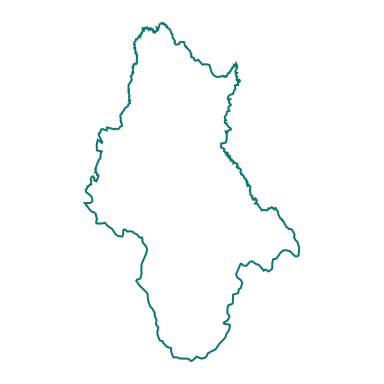 the district of Nam Yuen, Ubon Ratchathani, Thailand
{"feature_id": "78962969B1624057872614", "entity_name": "Nam Yuen", "entity_type": "district", "adm_level": 2, "iso_a3": "THA", "parent_name": "Thailand", "parent_adm1": "Ubon Ratchathani", "projection": "equal_earth", "projection_center": [105.061, 14.443], "detail": "fine", "context": "isolated", "style": "outline", "palette": "teal", "viewbox_px": 384, "rotation_deg": 0, "n_neighbors": 0, "source": "geoboundaries", "source_scale": "gbopen_adm2", "svg_char_len": 5893}
<svg xmlns="http://www.w3.org/2000/svg" viewBox="0 0 384 384"><path d="M146.7,27.5L143.1,28.2L143.7,28.9L143.4,29.0L143.8,30.4L142.6,29.9L142.7,31.6L141.6,32.7L141.7,33.6L140.8,34.0L140.6,35.9L140.0,35.7L140.0,36.9L139.4,36.5L139.5,37.2L138.1,37.4L137.2,39.1L135.8,39.3L135.9,40.3L134.2,42.6L134.1,43.5L134.8,44.4L134.2,44.7L134.8,46.8L134.4,47.5L134.9,47.7L134.4,48.3L135.4,49.1L135.1,50.4L135.8,51.9L135.5,53.1L136.2,53.2L136.0,53.9L136.8,54.3L136.8,55.2L137.3,55.8L136.7,56.9L137.1,57.5L136.7,60.2L137.2,61.8L136.5,63.6L136.0,63.1L135.1,64.2L134.2,64.0L133.7,65.5L132.9,65.7L133.4,67.2L132.6,67.6L133.3,72.4L132.6,72.5L133.1,73.0L132.5,73.4L132.6,74.2L130.8,76.1L131.9,79.9L128.6,84.8L128.5,88.7L129.1,89.3L129.0,90.6L128.6,90.7L129.0,91.2L128.5,92.4L129.6,95.9L129.1,96.5L129.2,100.1L129.8,100.2L129.0,101.2L129.6,101.5L129.3,101.7L129.9,103.3L128.4,104.1L128.0,106.0L124.5,108.6L123.8,110.7L121.8,112.8L121.9,113.6L120.4,114.8L120.3,116.6L120.8,118.0L120.5,120.3L121.0,121.0L120.8,122.3L121.8,123.6L121.9,126.0L120.4,126.5L119.2,128.3L117.5,129.2L115.5,128.7L114.4,129.3L107.1,127.4L106.7,130.5L102.7,129.1L101.2,129.4L99.9,133.1L98.7,133.5L98.8,135.3L102.3,142.0L102.0,142.9L97.8,139.8L96.7,144.3L96.9,150.4L101.8,151.5L100.6,153.8L100.4,158.3L98.7,160.2L95.8,167.4L96.1,168.1L95.2,169.1L96.2,171.8L95.5,172.3L96.3,172.5L96.5,173.8L97.2,173.9L97.2,175.2L98.4,175.4L98.3,177.0L96.3,181.4L94.2,180.1L94.5,178.5L93.0,176.4L92.2,176.4L91.2,177.9L90.6,179.2L91.3,181.0L90.7,182.8L91.3,183.9L91.1,184.6L89.2,185.2L88.1,186.8L87.4,186.5L87.0,188.6L85.8,189.6L85.7,190.6L86.4,192.4L89.8,194.8L91.7,197.0L92.5,200.4L91.7,201.9L90.1,203.0L84.8,203.1L90.5,210.7L92.8,212.2L93.8,212.1L96.0,214.3L96.0,215.7L97.0,218.8L96.2,221.3L96.3,223.4L101.2,223.6L104.9,222.8L107.6,226.0L112.0,228.8L115.7,234.5L118.8,236.3L122.4,236.5L123.1,234.6L123.4,230.0L124.8,229.4L127.7,231.7L129.3,231.2L133.0,231.8L134.3,233.3L136.7,234.2L139.1,237.0L141.1,237.9L141.8,237.5L142.3,238.2L142.7,242.4L146.4,246.9L147.1,250.0L146.1,253.7L141.6,264.2L141.3,271.1L141.6,273.1L140.7,277.7L139.7,278.9L137.0,279.7L136.3,280.9L139.7,285.7L146.8,292.7L147.6,294.1L147.9,298.8L148.8,303.0L150.3,306.5L152.8,309.3L154.9,313.4L154.7,315.9L156.6,320.1L155.9,324.2L158.4,327.5L157.3,332.3L157.6,335.1L159.8,340.4L162.8,341.3L163.3,343.0L166.8,346.8L171.2,348.2L171.1,351.4L172.6,355.7L173.7,357.4L177.1,357.3L179.6,358.5L188.1,358.7L191.1,361.0L193.1,360.1L196.7,356.6L201.2,358.6L204.5,358.0L206.4,356.5L208.1,353.1L215.6,349.3L219.4,343.6L224.0,339.1L225.6,336.8L226.5,333.9L229.0,330.2L229.9,326.5L229.7,324.7L224.2,323.9L223.7,322.8L227.9,319.9L229.4,317.1L229.2,315.5L227.4,313.5L227.5,308.1L228.3,305.3L231.9,304.0L232.8,303.1L233.1,294.6L237.7,293.3L238.4,292.4L238.8,289.2L240.8,288.1L241.2,286.7L242.2,283.0L241.8,281.8L240.5,279.7L237.7,278.0L236.0,274.6L240.5,263.9L241.1,263.7L243.5,265.5L246.4,265.8L250.0,261.8L252.0,261.2L255.4,263.7L259.1,265.1L263.8,270.7L265.3,269.5L268.7,271.5L272.2,268.7L272.3,263.1L273.2,259.2L276.3,258.7L280.4,252.9L282.9,250.6L285.6,250.1L289.9,251.2L295.1,256.2L297.6,256.4L298.6,255.2L299.2,247.7L297.4,242.1L295.3,239.8L294.0,237.1L294.6,234.7L292.2,229.9L290.1,228.8L289.0,229.1L286.2,226.7L283.2,221.0L282.0,220.4L282.0,219.3L280.7,218.8L279.8,217.5L278.3,214.2L277.8,211.3L276.0,209.1L275.9,208.2L275.2,208.0L274.2,209.4L271.8,207.1L270.2,208.3L268.2,208.5L268.3,209.4L266.5,210.5L263.8,209.7L262.0,210.5L257.4,203.9L255.2,203.6L256.9,201.5L256.7,200.5L256.1,200.3L256.3,199.5L255.4,199.3L255.3,198.4L254.1,198.7L253.4,199.9L252.7,199.3L252.6,198.1L251.9,197.3L252.4,196.2L250.7,195.1L249.8,190.3L250.4,186.4L249.0,185.5L247.8,186.1L247.3,185.5L247.1,184.4L248.1,184.1L247.3,183.2L247.3,181.8L246.8,182.0L246.9,183.0L246.6,182.8L247.0,180.8L245.9,180.3L245.9,178.7L244.3,178.3L243.5,175.5L242.1,175.0L241.7,173.8L241.0,174.0L240.4,171.5L241.1,170.1L240.0,168.6L238.5,168.3L238.3,167.3L237.7,167.8L236.6,166.9L237.6,164.2L234.9,162.6L233.3,163.3L233.5,161.3L232.5,161.0L232.1,160.1L230.8,160.6L230.9,159.1L229.7,158.6L230.0,156.6L228.4,157.3L228.0,156.2L228.4,155.2L226.5,155.2L226.5,154.2L227.7,153.1L227.1,152.6L225.3,152.8L225.3,152.1L224.0,151.2L224.3,149.1L221.0,147.3L221.2,143.6L225.6,142.7L226.0,142.0L226.7,138.6L226.8,133.4L225.9,132.7L225.7,131.3L227.7,131.9L228.3,130.6L230.9,129.4L230.8,128.6L227.6,125.8L226.7,124.4L226.7,123.3L225.1,123.1L224.7,122.1L224.9,120.5L226.1,120.3L224.9,118.5L224.7,116.7L226.4,114.9L227.0,111.6L229.3,110.8L228.4,109.3L228.6,106.8L230.9,104.8L228.8,102.3L229.3,100.1L230.1,99.2L227.9,99.2L227.8,97.4L228.8,95.9L230.7,94.5L233.0,94.1L233.8,91.1L235.4,88.6L234.9,85.6L235.7,85.0L238.0,85.1L237.9,81.2L238.8,80.9L239.2,82.8L239.4,81.3L240.0,80.7L239.2,79.7L236.8,80.0L236.5,78.3L237.3,77.0L236.3,76.3L236.4,75.3L235.7,74.3L237.0,72.8L235.6,72.6L235.3,71.0L237.2,67.8L237.1,65.6L236.1,63.6L235.9,64.8L234.3,64.7L235.2,65.7L234.9,66.6L233.9,66.1L232.4,67.2L232.4,68.4L230.5,70.2L230.5,71.3L230.0,71.4L229.3,73.1L227.8,73.3L226.8,76.3L226.1,76.7L226.0,76.1L225.1,76.1L225.2,76.7L224.0,76.8L223.2,75.9L219.6,76.8L216.3,76.8L213.4,75.1L211.3,71.6L209.4,64.8L205.2,64.2L202.4,64.6L198.3,59.8L195.3,60.8L194.4,60.1L193.7,57.8L191.4,57.2L191.0,56.1L191.4,55.8L191.3,53.7L190.7,53.4L190.3,51.4L186.9,48.0L186.6,46.9L186.1,47.2L185.1,46.1L184.0,42.0L180.9,41.8L179.5,42.5L179.3,43.8L177.1,44.6L175.4,44.4L174.3,42.2L175.0,41.5L174.8,40.6L172.7,38.0L172.3,34.0L171.5,33.6L170.1,29.6L168.0,28.2L167.3,26.9L166.5,27.1L166.5,25.8L165.6,25.3L165.7,24.8L165.1,24.4L164.0,25.1L164.3,24.6L163.6,23.9L164.1,23.9L163.5,23.2L162.7,23.8L162.3,23.0L161.1,23.3L159.7,24.3L158.4,28.4L157.2,27.8L158.2,29.6L157.6,30.1L157.0,29.6L157.0,30.9L155.7,31.5L155.0,32.7L153.4,32.3L153.2,31.5L153.8,30.9L152.7,30.4L152.9,29.5L151.6,29.5L151.6,28.7L150.8,28.3L150.0,28.3L150.2,29.3L149.0,30.1L148.3,28.5L146.3,28.5L146.7,27.5Z" fill="none" stroke="#0f766e" stroke-width="2"/></svg>